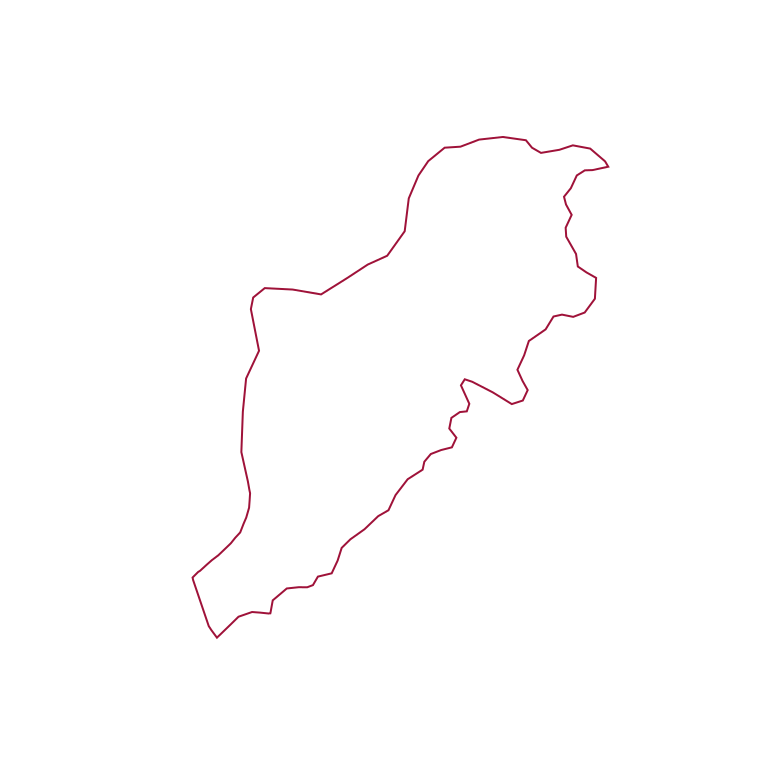 Enbar Pwin/Millet, Anse-la-Raye, Saint Lucia (Mercator projection), rotated 205°
{"feature_id": "8701671B70172506125810", "entity_name": "Enbar Pwin/Millet", "entity_type": "district", "adm_level": 2, "iso_a3": "LCA", "parent_name": "Saint Lucia", "parent_adm1": "Anse-la-Raye", "projection": "mercator", "projection_center": [-60.993, 13.912], "detail": "fine", "context": "isolated", "style": "outline", "palette": "rose", "viewbox_px": 768, "rotation_deg": 205, "n_neighbors": 0, "source": "geoboundaries", "source_scale": "gbopen_adm2", "svg_char_len": 1565}
<svg xmlns="http://www.w3.org/2000/svg" viewBox="0 0 768 768"><g transform="rotate(205 384 384)"><path d="M474.1,125.6L440.5,90.5L436.3,87.9L428.2,83.5L427.8,84.6L426.3,88.4L421.7,100.4L417.5,111.6L407.2,121.6L399.5,124.5L391.4,127.3L391.0,127.7L390.1,128.1L390.2,128.7L393.4,140.9L385.7,157.6L375.4,163.8L367.7,167.3L363.4,171.7L362.5,181.5L351.4,190.3L351.4,204.4L353.1,217.6L348.8,229.1L340.3,244.1L333.4,261.8L326.6,271.5L326.6,288.2L322.3,307.7L312.8,322.7L314.6,330.6L312.0,340.3L304.3,348.3L295.7,355.3L295.7,365.9L306.0,371.2L308.6,381.8L303.4,390.6L297.4,394.2L298.3,402.1L313.7,415.3L312.8,422.4L305.1,423.3L282.0,422.4L259.7,419.8L251.2,427.7L251.2,439.2L259.7,445.3L269.1,453.3L269.1,469.2L270.9,484.2L260.6,501.8L258.9,516.8L252.0,522.1L240.9,524.8L232.3,533.6L228.9,550.4L236.6,569.8L247.7,570.7L258.0,572.4L264.9,583.0L281.1,594.5L285.4,602.4L285.4,616.6L294.9,623.6L300.0,629.8L297.4,640.4L297.4,654.5L292.3,662.5L285.4,666.0L272.6,675.7L277.7,679.2L296.6,684.5L313.7,680.1L324.0,670.4L339.4,659.8L349.7,660.7L358.4,664.9L380.7,658.1L401.1,645.7L415.0,631.4L428.9,623.8L438.1,604.7L440.9,587.5L440.0,562.7L429.8,531.2L435.3,501.6L449.2,485.4L462.2,464.4L478.9,438.6L506.7,431.0L532.6,420.5L539.1,407.1L536.3,395.6L511.3,361.3L511.3,330.7L500.2,299.2L484.5,262.0L469.9,243.0L466.2,238.2L461.3,231.2L459.2,228.4L456.5,221.5L454.0,214.9L452.4,204.7L452.2,198.1L451.6,188.7L453.8,181.9L455.5,174.9L458.2,167.9L461.7,158.9L465.6,151.5L468.3,145.3L471.8,136.9L473.0,135.1L475.7,127.7L474.1,125.6Z" fill="none" stroke="#9f1239" stroke-width="2"/></g></svg>